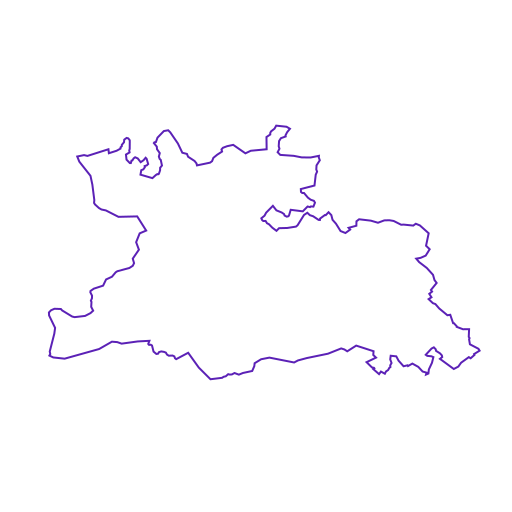 the district of Longford Lea-7, Longford, Ireland, rotated 355°
{"feature_id": "5873133B83670029874089", "entity_name": "Longford Lea-7", "entity_type": "district", "adm_level": 2, "iso_a3": "IRL", "parent_name": "Ireland", "parent_adm1": "Longford", "projection": "equal_earth", "projection_center": [-7.802, 53.758], "detail": "fine", "context": "isolated", "style": "outline", "palette": "violet", "viewbox_px": 512, "rotation_deg": 355, "n_neighbors": 0, "source": "geoboundaries", "source_scale": "gbopen_adm2", "svg_char_len": 4462}
<svg xmlns="http://www.w3.org/2000/svg" viewBox="0 0 512 512"><g transform="rotate(355 256 256)"><path d="M41.5,337.2L45.2,339.4L56.4,341.6L91.6,335.0L105.0,328.8L110.3,329.7L114.5,331.6L130.8,330.8L142.4,331.2L141.0,334.2L141.7,335.2L143.4,335.2L144.6,336.1L145.6,342.3L148.2,344.9L149.9,344.8L151.0,343.3L153.3,342.8L156.0,343.5L157.8,344.4L158.7,346.4L160.4,347.7L164.2,347.9L165.9,348.9L166.4,350.8L167.5,351.8L180.0,346.5L189.3,362.2L199.9,374.8L211.6,374.4L213.2,373.5L215.4,373.2L218.0,371.3L219.3,371.8L221.6,371.9L224.4,370.7L228.6,372.7L232.8,371.4L242.2,370.2L244.7,365.6L245.3,362.7L252.1,359.3L260.5,358.4L284.7,365.4L288.7,363.7L297.7,362.1L319.2,359.6L332.8,355.5L335.9,356.8L338.6,358.9L348.0,354.0L364.8,361.1L364.2,364.8L366.7,367.7L356.9,371.4L361.8,377.1L363.8,377.7L364.1,378.2L363.0,378.9L368.3,384.4L370.4,382.0L374.1,384.5L375.4,382.4L377.7,381.1L379.1,379.0L380.2,378.4L380.2,376.6L381.7,374.4L380.7,370.7L381.5,367.1L387.0,368.2L388.9,372.7L393.4,378.7L397.4,378.1L397.8,378.9L402.4,376.8L408.0,380.6L411.9,385.6L415.8,387.1L415.1,388.9L417.5,388.1L418.3,384.1L422.0,377.7L423.9,372.2L422.0,371.2L417.9,370.4L416.5,369.2L422.8,363.5L425.2,362.5L426.9,364.6L427.1,366.2L430.8,369.0L432.5,371.2L432.7,372.9L430.3,374.5L443.2,385.8L447.9,383.8L451.0,380.2L459.2,375.3L460.9,376.6L465.0,373.6L464.7,372.7L470.5,369.8L469.5,367.8L461.4,362.6L461.0,357.5L461.6,356.4L460.9,355.1L461.9,347.5L455.8,347.0L449.8,344.1L449.9,343.6L447.3,340.2L446.5,340.1L444.4,331.5L441.5,331.7L433.9,324.2L430.5,319.5L428.1,318.4L424.2,314.0L427.2,312.4L425.3,308.8L428.3,306.8L427.3,305.1L433.6,298.6L431.7,295.5L430.7,290.2L425.1,282.8L418.0,276.3L415.4,272.6L419.8,272.2L425.1,270.4L429.6,264.4L426.3,260.6L430.0,248.4L421.9,239.8L418.0,237.8L415.3,239.4L405.9,237.6L403.3,237.5L396.2,233.1L392.0,232.0L386.9,231.7L380.4,233.5L373.5,230.8L361.9,228.4L359.1,230.2L358.6,234.6L350.7,236.0L352.1,237.9L347.1,240.9L342.4,238.5L338.5,230.8L335.4,226.6L334.6,221.8L332.1,218.7L329.0,221.4L328.2,221.2L323.1,224.3L322.8,225.7L321.5,225.5L316.4,221.4L313.2,220.0L310.9,217.4L307.4,219.3L300.1,229.0L298.4,230.2L289.6,230.8L281.4,230.3L278.6,232.7L274.7,229.2L271.7,225.5L269.8,224.3L268.6,221.9L266.3,221.8L265.2,220.7L264.6,218.9L268.0,216.6L269.9,213.7L277.2,207.5L280.3,212.3L285.4,214.9L287.6,216.7L288.0,218.2L290.1,219.5L291.8,219.2L292.5,218.3L294.6,213.0L306.5,215.6L311.7,211.2L314.1,212.0L315.0,211.4L317.5,211.8L319.4,208.0L318.5,206.1L315.4,204.7L312.8,202.4L309.3,197.4L307.6,197.3L306.4,196.1L306.5,193.2L320.4,190.9L322.6,180.2L324.2,177.3L323.6,175.0L324.2,171.0L327.9,166.2L327.1,163.1L327.4,161.7L319.2,162.6L310.3,161.8L302.3,159.5L289.0,157.4L286.6,154.5L288.7,151.2L288.2,148.6L289.0,143.5L291.1,140.8L296.0,139.5L295.9,138.4L297.8,135.4L300.9,132.2L297.7,129.9L287.5,127.9L285.5,130.8L281.8,133.2L280.9,134.7L280.8,136.2L276.8,138.4L275.9,150.6L260.0,150.7L254.4,152.8L243.0,143.3L236.8,144.1L232.5,145.3L230.9,146.8L231.3,149.0L226.2,151.7L222.1,154.5L220.5,157.7L218.4,159.0L205.1,160.6L204.8,158.6L203.1,156.0L197.0,151.2L196.1,148.3L191.6,146.7L188.0,137.1L181.4,125.4L179.5,123.1L175.1,123.5L168.2,129.5L166.2,133.8L164.7,133.9L164.1,134.6L166.7,138.4L166.7,141.0L169.1,145.1L167.9,148.5L168.5,150.9L169.5,152.0L170.2,157.7L168.2,159.7L167.9,162.3L166.4,165.7L165.5,166.1L164.8,165.8L163.3,166.6L159.6,169.4L148.0,164.9L149.2,160.5L151.3,159.9L153.0,157.9L152.9,156.7L155.1,156.2L156.6,155.0L155.5,149.6L154.6,148.5L152.3,150.8L149.3,152.5L146.7,148.5L144.2,147.1L142.6,148.1L141.2,150.0L140.3,150.1L139.4,152.5L138.4,152.4L135.4,148.7L135.3,143.6L139.1,141.8L139.1,141.7L138.9,139.9L139.4,138.5L139.5,138.4L140.0,133.3L140.0,133.2L140.2,131.3L140.2,131.2L140.3,129.7L139.0,127.7L137.4,127.1L134.9,128.6L134.4,131.2L132.0,133.6L131.9,134.9L130.5,136.0L130.4,137.2L126.3,139.0L118.4,140.8L118.3,136.8L96.8,141.6L93.5,140.5L86.6,141.3L88.2,146.6L98.1,161.7L99.2,170.7L99.8,186.2L99.3,189.0L100.1,190.6L103.7,194.5L106.1,196.2L110.4,197.5L122.4,205.0L141.1,206.2L148.8,221.1L142.1,223.3L137.8,231.8L139.9,239.5L133.0,247.9L133.9,252.5L132.4,255.0L128.8,256.9L116.5,259.1L114.8,260.0L110.7,264.1L104.6,266.3L101.1,272.2L91.6,274.4L88.1,276.4L87.8,277.7L89.2,281.2L88.9,283.8L87.6,286.2L88.1,287.4L87.4,292.3L89.0,296.3L86.1,298.5L80.5,300.8L70.0,301.1L67.6,300.3L58.1,293.3L57.0,291.8L50.6,291.0L47.1,292.2L44.8,294.2L44.7,297.2L49.6,310.1L48.3,315.8L42.2,333.2L42.5,335.7L41.5,337.2Z" fill="none" stroke="#5b21b6" stroke-width="2"/></g></svg>